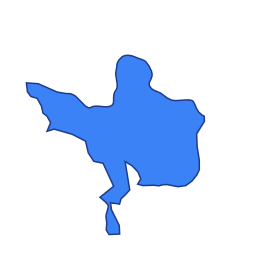 an SVG outline of Fingal, rotated 61°
{"feature_id": "IRL-5574", "entity_name": "Fingal", "entity_type": "County", "adm_level": 1, "iso_a3": "IRL", "parent_name": "Ireland", "parent_adm1": "", "projection": "equal_earth", "projection_center": [-6.266, 53.497], "detail": "fine", "context": "isolated", "style": "filled", "palette": "blue", "viewbox_px": 256, "rotation_deg": 61, "n_neighbors": 0, "source": "natural_earth", "source_scale": "10m", "svg_char_len": 1482}
<svg xmlns="http://www.w3.org/2000/svg" viewBox="0 0 256 256"><g transform="rotate(61 128 128)"><path d="M154.6,55.6L159.2,57.9L166.4,70.8L177.9,76.6L190.6,81.2L199.0,85.8L202.4,90.5L205.4,97.6L206.4,105.4L203.6,112.7L196.5,121.2L194.6,124.7L193.6,128.9L190.5,133.3L185.6,142.9L181.8,146.8L178.7,141.5L171.3,140.6L162.8,142.8L156.0,146.8L183.0,156.5L185.0,162.4L186.6,168.5L190.5,172.3L189.0,174.0L186.3,177.9L184.8,179.5L191.6,182.1L209.0,182.9L216.7,186.7L212.0,196.2L206.7,196.5L200.9,192.7L195.0,190.3L193.2,189.1L188.0,184.0L186.3,182.8L182.3,183.4L175.0,186.1L172.0,168.8L146.8,166.9L140.5,174.1L130.5,174.8L118.9,171.5L106.3,180.0L93.2,193.1L91.6,200.4L85.8,193.1L78.5,193.1L73.7,195.1L66.9,193.1L58.0,193.1L53.3,197.7L47.5,198.4L39.3,195.0L45.7,185.1L62.1,172.6L67.6,165.8L70.0,161.8L72.3,159.9L74.6,158.5L88.6,154.5L91.0,152.9L92.1,150.9L92.0,149.2L92.7,146.7L94.4,143.6L98.9,137.0L100.3,133.2L100.3,130.4L98.9,128.5L96.4,126.9L94.7,126.0L92.2,124.4L90.9,123.0L89.7,121.6L88.9,119.9L87.7,118.4L86.2,117.2L84.3,116.1L75.5,112.9L73.7,111.9L69.0,108.1L67.2,107.0L65.5,105.2L64.0,102.7L62.8,98.3L63.2,95.4L64.4,92.7L66.7,89.7L76.3,81.5L78.5,80.3L83.9,79.6L89.6,79.9L92.1,80.6L94.1,81.7L95.4,83.1L96.6,84.5L97.6,86.0L98.8,87.5L100.4,88.6L102.7,88.8L105.0,88.3L107.0,87.4L113.2,82.6L120.7,79.2L124.7,76.4L127.1,73.2L131.9,63.0L133.7,60.0L135.6,58.3L136.9,58.1L139.3,58.1L144.3,58.6L148.0,58.5L152.5,57.0L154.6,55.6Z" fill="#3b82f6" stroke="#1e3a8a" stroke-width="1.5"/></g></svg>